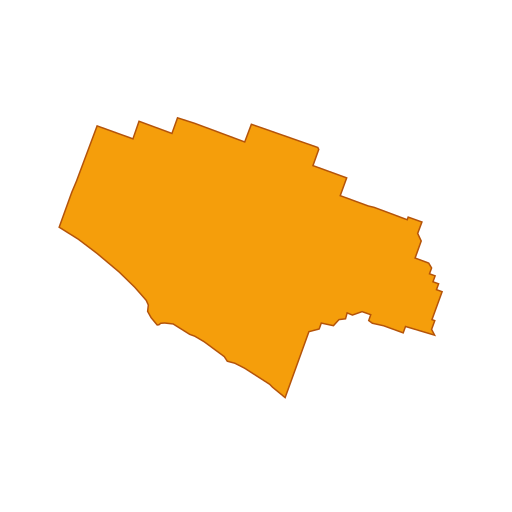 Coos, Oregon, United States of America (Equal Earth projection), rotated 290°
{"feature_id": "52423323B77484921359838", "entity_name": "Coos", "entity_type": "district", "adm_level": 2, "iso_a3": "USA", "parent_name": "United States of America", "parent_adm1": "Oregon", "projection": "equal_earth", "projection_center": [-124.106, 43.139], "detail": "fine", "context": "isolated", "style": "filled", "palette": "amber", "viewbox_px": 512, "rotation_deg": 290, "n_neighbors": 0, "source": "geoboundaries", "source_scale": "gbopen_adm2", "svg_char_len": 1066}
<svg xmlns="http://www.w3.org/2000/svg" viewBox="0 0 512 512"><g transform="rotate(290 256 256)"><path d="M344.7,400.3L344.6,385.7L341.8,385.7L342.1,350.3L341.4,344.2L341.5,314.5L360.4,314.5L360.4,278.6L377.6,278.5L379.1,277.0L378.2,206.6L359.3,206.4L359.7,152.9L359.0,135.0L342.4,135.1L342.6,100.0L324.0,100.3L323.9,62.2L264.8,61.7L252.9,61.1L215.7,61.2L211.0,83.3L204.0,105.9L194.1,133.0L185.2,152.7L176.8,168.0L173.1,171.6L166.9,173.1L162.2,178.5L157.4,186.7L158.2,188.3L160.2,189.5L161.8,193.1L163.8,201.4L159.7,220.5L159.7,225.8L157.7,236.6L150.6,260.6L147.3,265.0L148.0,272.7L146.7,283.5L140.1,312.8L138.3,316.5L132.9,331.8L203.0,331.6L209.0,340.3L215.3,340.3L217.0,352.6L224.6,355.7L227.6,361.6L233.7,361.1L233.5,366.8L240.0,374.7L240.1,383.9L233.9,384.0L232.6,388.3L234.1,399.8L234.1,420.6L240.9,420.6L242.7,450.9L247.1,446.1L256.4,446.1L256.4,443.1L286.1,443.1L286.1,437.1L292.3,437.1L292.3,431.1L298.6,431.1L298.6,425.1L304.8,425.1L308.4,420.7L308.5,406.2L326.6,406.1L332.5,400.2L344.7,400.3Z" fill="#f59e0b" stroke="#b45309" stroke-width="1.5"/></g></svg>